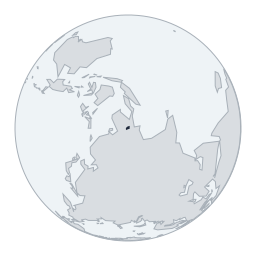 the Earth from above Uttaradit, rotated 185°
{"feature_id": "THA-398", "entity_name": "Uttaradit", "entity_type": "Province", "adm_level": 1, "iso_a3": "THA", "parent_name": "Thailand", "parent_adm1": "", "projection": "orthographic", "projection_center": [100.438, 17.768], "detail": "medium", "context": "on_globe", "style": "filled", "palette": "slate", "viewbox_px": 256, "rotation_deg": 185, "n_neighbors": 0, "source": "natural_earth", "source_scale": "10m", "svg_char_len": 10382}
<svg xmlns="http://www.w3.org/2000/svg" viewBox="0 0 256 256"><g transform="rotate(185 128 128)"><circle cx="128" cy="128" r="113" fill="#eef3f6" stroke="#a8b0b8"/><path d="M234.4,163.7L234.2,164.4L234.2,164.5L234.4,163.7ZM177.1,26.6L178.7,27.9L183.0,30.5L179.2,28.6L189.8,35.4L193.3,39.1L187.1,33.7L184.8,32.3L186.1,34.0L183.9,33.0L183.3,33.4L180.6,32.1L177.2,29.5L175.4,28.7L176.4,30.0L174.4,29.9L173.2,28.0L169.5,27.7L163.1,23.9L162.0,21.2L156.2,19.3L151.6,17.9L160.3,20.1L168.8,23.0L177.1,26.6ZM137.0,15.7L136.7,15.7L137.0,15.7ZM186.6,32.8L185.6,31.9L187.3,33.2L186.6,32.8ZM183.7,33.7L184.6,34.3L183.9,34.3L183.7,33.7ZM179.2,32.4L177.7,32.3L178.6,31.9L179.2,32.4ZM176.5,32.0L173.0,32.1L174.9,33.4L167.8,30.1L173.1,30.9L173.9,30.1L174.8,31.2L176.5,32.0ZM151.0,17.7L151.6,17.9L148.5,17.3L150.8,17.9L146.8,17.2L144.7,16.8L145.0,16.7L143.2,16.5L142.3,16.3L151.0,17.7ZM164.4,28.4L163.1,28.2L163.8,28.0L164.4,28.4ZM138.5,15.8L140.2,16.0L140.9,16.2L137.6,15.9L138.5,15.9L138.5,15.8ZM153.4,18.5L150.1,18.2L149.7,18.2L146.8,17.2L153.4,18.5ZM137.4,15.8L135.9,15.7L133.9,15.6L136.8,15.7L137.4,15.8ZM142.5,16.4L142.7,16.5L141.6,16.3L142.5,16.4ZM126.1,15.4L128.1,15.4L128.7,15.4L126.1,15.4ZM135.5,15.8L136.2,15.8L136.7,15.9L135.4,15.9L135.5,15.8ZM144.7,17.0L143.4,16.9L145.7,17.4L143.4,17.2L141.9,16.7L141.6,16.8L140.9,16.8L140.4,16.4L144.7,17.0ZM135.4,16.1L132.7,15.7L128.8,15.6L128.1,15.5L134.6,15.7L135.4,16.1ZM138.4,16.3L136.4,16.1L136.6,16.0L138.2,16.0L138.4,16.3ZM142.4,17.3L146.3,17.7L146.5,17.9L142.4,17.3ZM134.2,16.1L134.9,16.2L133.9,16.1L134.2,16.1ZM139.8,16.9L141.2,17.0L141.4,17.1L139.8,16.9ZM135.1,16.5L134.2,16.3L135.2,16.2L135.1,16.5ZM137.2,16.7L137.1,16.9L136.1,16.4L137.8,16.7L137.2,16.7ZM139.8,17.0L140.3,17.1L139.2,17.0L139.8,17.0ZM131.8,16.9L130.3,16.3L132.5,16.1L133.7,16.7L131.8,16.9ZM38.4,59.7L38.1,60.1L38.5,62.5L37.9,63.9L34.4,68.3L31.8,78.4L35.1,75.4L36.3,82.3L39.3,84.5L46.6,75.9L41.7,72.1L44.3,67.0L51.0,66.2L55.8,70.2L57.0,68.4L56.9,62.5L60.9,60.4L57.2,60.3L56.5,62.6L54.1,62.8L54.6,60.8L56.0,60.0L55.4,58.3L48.8,62.9L47.4,65.7L44.0,64.2L41.3,68.9L39.3,70.1L43.1,62.8L45.0,60.7L49.5,52.3L47.2,54.3L42.8,62.5L42.8,61.3L39.7,64.7L42.1,61.3L47.5,52.3L46.4,51.5L39.8,57.9L40.0,57.7L49.9,46.8L48.7,48.4L51.4,46.0L56.2,41.5L55.2,42.7L56.9,41.3L56.7,42.2L60.7,40.2L61.1,40.9L66.9,37.3L67.9,37.3L64.2,39.4L61.8,41.4L63.3,44.0L64.8,43.6L68.5,41.2L68.4,42.4L71.8,39.8L74.7,40.6L73.9,37.6L78.1,35.2L82.2,34.4L83.5,33.3L76.9,34.7L74.3,35.8L72.4,37.5L65.5,40.8L64.0,40.6L70.8,35.6L69.5,35.0L75.3,31.8L89.6,29.1L93.4,29.8L90.8,35.6L87.5,36.6L86.8,34.8L83.6,38.5L85.7,37.2L85.7,38.4L89.7,36.8L89.9,37.7L93.5,35.0L94.2,35.8L91.9,37.5L98.4,36.5L100.9,38.0L102.3,37.4L103.1,36.4L105.8,39.4L106.7,38.8L106.2,37.6L107.7,35.9L111.3,34.0L112.0,35.2L110.8,36.0L109.3,39.6L106.0,41.8L106.6,42.1L109.7,40.5L111.5,36.0L113.5,34.6L113.2,36.6L113.4,35.8L114.7,35.5L116.6,36.3L117.2,34.2L129.6,30.5L134.5,32.2L132.8,34.1L142.2,33.8L147.0,36.4L146.5,35.2L150.7,34.7L149.3,33.8L149.4,33.3L159.5,32.5L162.4,33.5L166.2,32.5L166.0,32.0L164.0,31.1L167.8,30.1L174.9,33.4L175.1,34.4L179.4,36.1L179.2,38.3L181.1,41.1L178.4,43.0L180.1,45.4L181.6,45.8L185.1,49.7L187.0,56.6L178.9,49.0L174.7,39.7L175.8,43.1L173.6,41.9L172.8,42.9L173.8,45.6L175.1,46.1L166.6,49.2L165.0,56.7L169.9,56.5L173.2,59.1L175.7,69.2L167.4,82.9L171.8,87.8L172.2,91.0L168.8,92.9L168.1,88.2L164.4,86.5L164.5,83.7L158.9,85.7L158.8,81.9L154.4,85.6L156.3,88.7L161.4,88.1L157.6,93.3L163.1,98.9L164.0,105.5L155.7,117.0L146.8,120.3L146.4,122.5L142.7,119.9L138.1,124.0L144.9,136.1L144.8,139.6L137.2,145.8L137.0,143.3L127.4,136.6L125.6,144.7L132.9,151.9L135.4,159.9L129.9,157.2L127.3,150.1L123.9,147.5L124.8,140.4L121.8,129.6L116.2,131.2L116.6,126.9L111.7,117.8L103.6,119.8L90.7,129.7L89.1,140.4L84.6,144.5L79.0,127.9L79.1,117.3L75.4,117.6L71.0,107.7L58.8,104.0L58.4,101.1L55.8,101.6L52.9,97.8L53.0,93.1L50.6,92.5L50.8,105.1L53.5,105.8L57.8,102.4L57.2,106.7L60.1,111.4L51.7,119.4L35.9,122.8L36.8,114.6L37.3,90.0L38.7,87.8L38.8,87.6L38.9,87.1L36.5,90.4L37.4,85.8L34.5,102.0L32.9,108.6L35.6,123.2L34.8,124.2L36.4,127.5L44.4,127.6L44.0,130.2L38.6,140.9L29.6,153.2L32.2,164.9L34.0,174.1L31.4,177.6L34.8,185.1L34.0,186.2L36.1,190.2L37.2,193.3L37.9,195.4L36.9,194.3L32.0,186.9L27.7,179.3L24.0,171.3L20.9,163.0L18.5,154.6L16.8,145.9L16.7,145.6L16.7,145.4L15.5,134.2L15.5,122.9L15.5,121.9L15.6,120.0L16.5,111.9L18.0,103.9L20.0,96.0L22.6,88.2L25.8,80.7L29.5,73.4L33.7,66.4L38.4,59.7ZM58.4,79.6L62.9,82.0L65.2,75.4L67.1,75.8L67.2,73.5L65.3,74.9L66.1,68.9L69.6,68.2L71.3,65.7L69.9,64.8L63.3,67.1L62.1,75.5L59.2,77.4L58.4,79.6ZM66.8,33.9L65.2,35.1L63.2,36.3L62.7,36.3L65.7,34.4L66.8,33.9ZM63.6,36.6L70.4,32.1L71.0,32.2L69.5,32.9L69.2,33.4L66.7,34.6L60.6,39.5L58.4,40.9L58.7,39.5L59.8,39.0L61.2,37.8L63.6,36.6ZM86.8,23.3L89.8,22.2L87.2,23.9L84.7,24.8L84.1,24.5L86.6,23.4L86.8,23.3ZM134.3,15.5L132.9,15.5L131.4,15.5L131.7,15.4L129.5,15.4L128.8,15.4L134.3,15.5ZM128.3,15.4L127.0,15.4L125.7,15.4L128.3,15.4ZM112.0,16.5L110.3,16.8L113.7,16.3L113.8,16.3L117.9,16.1L122.8,15.8L124.4,15.8L122.5,16.0L125.5,16.0L123.0,16.4L124.1,16.5L122.8,17.3L118.6,17.8L120.2,17.9L119.3,18.7L115.8,19.3L116.7,18.6L112.3,20.0L111.4,19.3L111.0,19.5L109.0,19.4L105.8,19.7L105.9,19.4L104.6,19.7L103.3,19.8L101.5,20.1L101.2,19.7L99.0,20.2L100.1,19.8L96.4,20.7L99.0,19.9L97.5,20.1L95.8,20.8L97.6,19.5L112.0,16.5ZM131.3,17.1L126.4,17.5L123.6,17.4L127.0,16.2L126.4,16.1L128.5,15.6L132.5,15.8L131.6,15.9L131.6,16.0L130.3,15.9L131.3,16.1L130.0,16.3L130.4,16.5L128.7,16.5L131.3,17.1ZM39.5,62.8L39.4,63.5L39.9,64.0L37.9,66.3L39.5,62.8ZM43.0,56.7L43.3,56.8L40.7,59.9L40.7,59.3L43.0,56.7ZM45.6,54.4L43.5,56.5L44.7,55.0L45.6,54.4ZM64.7,39.5L65.2,39.6L64.4,40.2L63.1,40.9L64.7,39.5ZM102.5,24.5L103.4,23.8L104.1,23.7L107.8,22.5L108.7,23.0L106.8,24.0L102.5,24.5ZM44.5,76.9L42.3,78.0L42.4,76.8L43.2,76.6L44.5,76.9ZM39.0,71.8L39.2,74.1L38.4,72.4L39.0,71.8ZM104.1,24.9L105.4,24.2L105.0,24.9L104.1,24.9ZM109.5,23.4L109.4,24.1L109.2,23.0L109.5,23.4ZM89.1,227.9L91.4,229.0L89.8,228.8L89.1,227.9ZM44.8,177.5L46.1,191.8L43.0,190.6L40.3,185.5L38.3,176.4L41.3,175.2L42.1,171.4L44.8,177.5ZM163.3,178.0L166.6,178.3L166.4,178.8L163.3,178.0ZM159.9,176.4L163.7,176.4L159.2,177.4L159.9,176.4ZM165.1,176.5L169.0,175.4L170.6,174.6L170.3,175.6L165.1,176.5ZM157.3,176.4L143.2,176.2L137.6,174.8L139.0,173.0L148.1,173.7L157.3,176.4ZM138.5,173.0L129.9,167.6L117.9,151.8L122.2,152.4L134.7,162.1L133.9,163.7L139.1,167.9L138.5,173.0ZM159.3,163.8L158.4,168.5L150.7,168.1L147.1,167.3L144.7,161.2L146.0,158.2L149.0,158.3L160.1,147.7L164.0,150.3L160.6,154.8L163.8,158.9L159.3,163.8ZM89.5,141.5L91.9,148.2L89.5,149.0L89.5,141.5ZM164.5,140.3L160.1,145.0L164.1,138.7L164.5,140.3ZM166.8,134.4L167.1,136.7L165.3,134.5L166.8,134.4ZM146.3,125.7L143.3,126.2L143.1,124.5L147.0,122.9L146.3,125.7ZM164.6,111.2L164.8,116.1L164.3,117.8L162.8,114.8L164.6,111.2ZM113.7,30.7L107.6,31.6L103.9,33.1L102.7,35.1L101.8,32.9L107.6,30.6L113.7,30.7ZM127.6,30.3L128.6,28.9L129.9,29.5L129.8,29.9L127.6,30.3ZM127.0,29.5L125.0,27.9L126.7,27.2L127.9,28.5L127.0,29.5ZM114.3,25.8L112.4,26.0L112.8,25.4L114.3,25.8ZM203.5,211.6L201.7,213.2L199.3,215.0L208.7,206.5L203.5,211.6ZM186.3,219.3L187.6,216.6L191.1,215.6L188.5,218.4L186.3,219.3ZM210.3,204.9L211.3,203.8L214.1,200.5L216.6,197.2L214.6,200.0L214.8,199.8L210.3,204.9ZM177.3,209.2L155.9,216.4L151.5,215.8L153.3,213.2L150.6,205.3L152.1,205.5L151.9,199.9L165.0,194.5L174.6,184.5L181.1,184.7L186.4,177.3L192.9,177.2L190.5,182.9L196.7,185.8L202.2,172.9L204.6,185.5L208.1,189.2L207.5,196.7L196.1,210.9L190.8,214.1L190.4,213.2L188.1,214.8L185.3,214.8L184.9,211.0L182.6,212.5L185.4,209.2L181.7,212.3L180.8,209.9L177.3,209.2ZM222.7,179.2L223.3,179.3L223.8,181.1L222.9,181.1L222.7,179.2ZM232.8,167.3L232.7,168.1L232.3,168.8L232.8,167.3ZM234.2,164.5L233.6,165.5L234.4,163.7L234.2,164.5ZM227.6,170.4L227.7,171.1L227.4,171.5L227.6,170.4ZM227.3,170.2L227.9,168.8L227.7,170.1L227.3,170.2ZM225.0,164.4L225.5,163.5L225.6,164.0L225.0,164.4ZM171.4,178.2L176.0,174.4L178.4,174.0L171.4,178.2ZM224.5,163.1L223.4,163.3L223.6,162.6L224.5,163.1ZM224.7,161.4L224.7,160.5L225.2,162.6L224.7,161.4ZM222.7,159.8L224.0,161.2L222.5,160.0L222.7,159.8ZM221.8,160.2L220.8,159.7L220.9,159.4L221.8,160.2ZM209.2,164.0L213.1,169.3L209.7,169.7L206.0,166.6L202.6,170.5L195.3,170.8L197.1,168.4L196.3,165.2L188.4,164.6L186.9,162.5L189.7,160.9L184.5,159.5L190.2,158.1L192.5,162.4L195.8,158.6L201.2,159.0L206.3,159.8L210.2,162.6L209.2,164.0ZM190.1,167.9L191.1,167.8L190.2,169.2L190.1,167.9ZM218.8,157.7L220.3,159.5L220.1,160.1L219.4,159.9L218.8,157.7ZM211.1,161.7L215.4,157.3L216.4,157.2L213.5,161.9L211.1,161.7ZM214.5,155.1L216.4,155.3L217.3,157.2L216.9,157.8L214.5,155.1ZM178.3,164.6L178.0,165.8L176.5,164.9L178.3,164.6ZM180.3,163.7L184.9,164.8L179.9,164.8L180.3,163.7ZM166.1,159.9L167.4,162.8L171.8,160.8L168.5,163.6L171.4,168.4L170.3,170.2L167.5,165.1L166.3,170.5L164.4,170.4L163.4,165.8L165.4,160.1L167.3,157.7L175.2,156.5L166.1,159.9ZM180.3,160.1L179.1,156.7L180.0,154.4L181.3,156.2L180.3,160.1ZM175.3,148.6L171.9,144.7L168.9,146.3L174.9,140.5L177.2,145.2L175.3,148.6ZM172.3,139.9L169.5,141.3L172.3,138.0L172.3,139.9ZM168.7,140.0L168.3,137.2L170.6,137.5L168.7,140.0ZM173.7,139.9L174.1,135.2L175.3,137.9L173.7,139.9ZM167.1,131.0L172.1,135.5L165.7,133.6L165.0,124.5L167.7,124.3L167.1,131.0ZM179.0,94.4L178.1,91.9L180.4,91.3L180.4,93.2L179.0,94.4ZM187.0,87.9L180.7,90.4L175.5,92.8L177.4,93.9L176.6,98.2L173.6,94.2L176.9,89.5L180.9,88.5L181.0,85.0L183.7,82.6L182.4,78.4L183.4,76.6L185.8,80.2L187.0,87.9ZM181.6,76.7L180.3,69.4L184.8,70.4L186.1,72.2L184.8,75.0L182.5,74.3L181.6,76.7ZM181.3,68.1L179.1,67.4L172.4,57.4L172.1,55.6L179.6,63.2L177.8,63.1L178.7,65.6L181.3,68.1ZM163.7,28.8L163.1,28.2L164.4,28.7L163.7,28.8ZM148.5,32.8L148.8,32.1L150.3,32.5L148.5,32.8ZM150.5,30.5L148.6,30.4L150.3,30.0L150.5,30.5ZM144.5,30.6L147.7,30.2L145.1,31.3L144.5,30.6Z" fill="#d9dde1" stroke="#a8b0b8" stroke-width="1"/><path d="M129.2,126.8L129.3,126.9L129.3,127.0L129.3,127.3L129.3,127.5L129.2,127.7L129.1,127.8L129.0,128.0L128.9,128.1L128.7,128.2L128.6,128.3L128.5,128.5L128.4,128.5L128.1,128.7L127.8,128.8L127.7,128.8L127.7,129.0L127.2,129.2L127.2,128.9L127.2,128.7L127.1,128.4L127.1,128.2L127.0,127.9L127.1,128.0L127.1,127.9L127.3,127.9L127.5,127.8L127.6,127.7L127.8,127.7L128.0,127.5L128.3,127.4L128.3,127.5L128.5,127.5L128.7,127.4L128.8,127.4L128.8,127.2L129.0,127.0L129.1,126.9L129.2,126.8Z" fill="#64748b" stroke="#1e293b" stroke-width="1.5"/></g></svg>